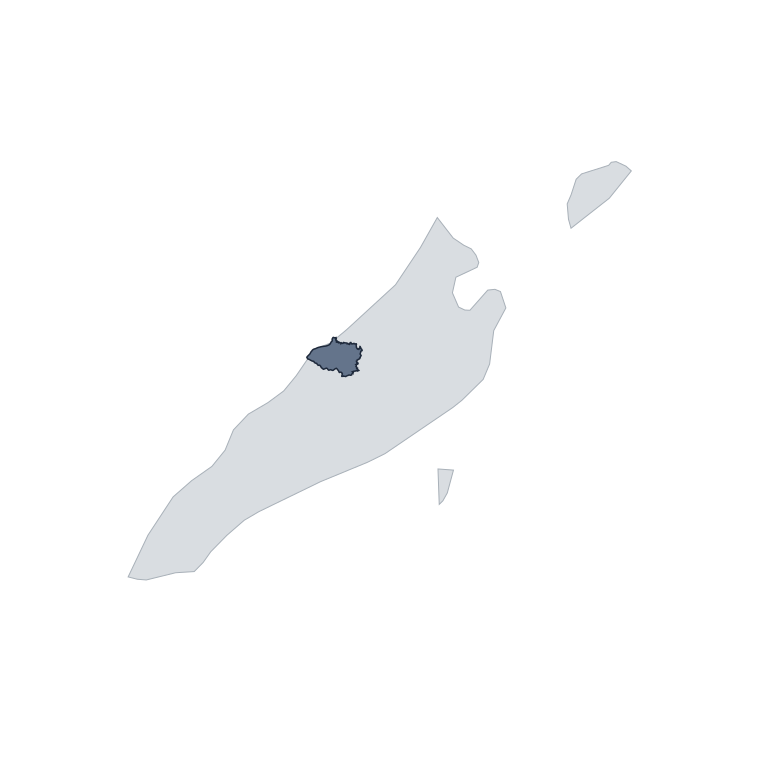 Alas, Manufahi, East Timor (highlighted), rotated 157°
{"feature_id": "22284137B36199594403094", "entity_name": "Alas", "entity_type": "district", "adm_level": 2, "iso_a3": "TLS", "parent_name": "East Timor", "parent_adm1": "Manufahi", "projection": "mercator", "projection_center": [125.842, -9.043], "detail": "fine", "context": "in_parent", "style": "filled", "palette": "slate", "viewbox_px": 768, "rotation_deg": 157, "n_neighbors": 0, "source": "geoboundaries", "source_scale": "gbopen_adm2", "svg_char_len": 6013}
<svg xmlns="http://www.w3.org/2000/svg" viewBox="0 0 768 768"><g transform="rotate(157 384 384)"><path d="M269.9,516.4L263.3,491.3L256.3,480.5L250.9,474.3L249.0,466.7L249.3,458.8L252.6,455.1L276.1,454.2L285.4,441.2L285.3,425.7L280.7,420.5L276.1,418.3L251.8,429.9L244.9,427.8L240.7,423.6L242.1,406.4L262.1,390.3L279.0,361.1L290.9,349.5L318.6,338.6L329.8,335.5L410.3,319.5L429.6,318.4L480.6,318.9L549.0,315.4L565.9,313.2L587.8,306.1L609.0,297.3L620.2,290.4L632.0,285.5L649.6,291.7L679.4,296.5L687.4,300.7L694.9,306.4L660.3,337.1L622.2,362.5L598.8,370.2L574.6,375.4L556.1,385.2L540.5,400.6L520.6,409.3L498.2,412.2L479.0,416.8L461.6,425.9L437.4,441.4L427.6,443.0L417.2,442.6L397.2,448.6L334.7,470.8L297.0,495.5L269.9,516.4ZM73.1,483.5L104.0,467.0L151.0,454.3L149.8,463.6L145.0,478.2L137.8,485.1L127.1,497.4L120.0,500.2L91.8,497.5L88.2,499.3L83.4,498.0L76.2,490.0L73.1,483.5ZM380.2,251.6L367.5,284.7L353.7,277.6L368.3,259.0L375.4,253.5L380.2,251.6Z" fill="#d9dde1" stroke="#a8b0b8" stroke-width="1"/><path d="M444.6,438.8L444.5,438.3L444.5,438.1L444.6,437.9L444.5,437.6L444.4,437.2L444.4,436.9L444.1,436.6L443.8,436.4L443.6,436.2L443.4,436.0L443.2,435.8L442.6,435.0L442.5,434.8L442.3,434.5L442.0,434.3L441.2,433.2L439.8,432.3L439.7,431.7L439.7,431.2L439.7,430.9L438.7,429.8L437.9,429.3L437.8,428.3L437.3,427.0L437.3,426.9L437.0,426.8L436.2,426.6L435.7,426.2L435.6,425.6L435.4,425.3L435.5,424.8L435.2,423.9L435.3,423.6L435.2,423.5L435.1,423.1L434.8,422.8L434.6,422.3L434.4,422.0L434.2,421.5L434.1,421.3L434.0,421.2L432.2,421.1L431.9,421.2L431.4,421.1L431.0,421.1L430.8,421.0L430.7,421.0L430.5,420.8L430.2,420.3L429.9,419.3L429.7,418.5L429.2,418.2L427.5,418.0L426.4,416.9L425.8,416.5L425.6,416.5L425.2,416.5L423.9,416.9L423.1,417.0L422.8,417.1L422.3,417.1L421.8,417.1L421.7,417.0L421.5,416.7L421.4,416.4L420.9,414.6L420.7,413.7L420.7,413.2L420.7,412.7L420.6,412.1L420.2,411.9L419.4,411.9L419.2,411.8L418.8,411.5L418.5,411.1L418.5,410.9L418.6,410.4L418.3,410.1L418.3,409.7L418.4,409.4L418.9,409.0L419.3,408.5L419.7,407.9L419.7,407.7L419.8,407.5L419.4,407.3L419.0,407.2L418.8,407.1L418.2,407.2L418.0,406.8L417.2,406.5L417.0,406.3L416.6,406.1L416.5,405.9L416.2,405.8L415.5,406.0L414.9,406.0L414.3,406.0L414.2,406.0L413.9,405.9L413.5,406.0L413.1,406.0L412.6,405.9L411.7,405.3L411.5,405.2L411.3,405.1L410.7,405.0L410.1,405.1L410.0,405.4L409.8,405.7L409.6,405.8L408.9,406.0L408.6,405.8L408.6,406.5L408.4,406.7L408.0,406.5L407.7,406.6L407.6,406.8L407.6,407.1L408.1,407.6L407.2,407.6L406.3,407.4L405.0,407.0L404.2,407.3L403.8,406.9L403.7,406.5L403.5,406.3L403.2,406.3L401.9,406.3L402.0,406.6L402.2,406.8L402.4,406.9L402.5,407.0L402.4,407.2L402.5,407.6L402.4,408.0L402.7,408.2L402.8,408.7L402.9,408.9L402.7,409.0L402.9,409.1L402.6,409.4L402.8,409.7L402.8,409.9L402.6,409.9L402.7,410.2L402.6,410.4L402.7,410.6L402.7,410.9L402.8,410.9L402.9,411.0L402.6,411.2L402.2,412.1L402.0,412.3L402.2,412.7L402.3,412.9L402.0,412.9L401.9,412.9L401.7,413.0L401.3,413.2L401.2,413.0L400.8,413.1L400.7,413.0L400.5,412.9L400.4,412.6L400.2,412.7L400.1,412.9L399.7,413.3L399.8,413.5L400.1,413.7L400.2,413.8L400.2,414.1L400.2,414.3L400.6,414.6L400.5,415.2L400.5,415.6L400.2,415.5L400.1,415.8L399.4,416.3L399.2,416.4L399.2,416.5L398.7,416.4L398.4,416.7L398.2,416.7L397.9,416.7L397.3,416.6L397.0,416.7L396.8,416.9L396.6,416.9L396.6,417.0L396.4,417.3L396.1,417.3L395.9,417.4L395.8,417.5L395.7,417.5L395.7,417.8L395.4,418.0L395.1,418.3L394.9,418.4L394.7,418.5L394.3,418.9L394.0,419.1L394.1,419.3L394.0,420.0L394.1,420.3L394.3,420.7L394.2,421.1L394.0,421.3L393.1,422.3L392.8,422.9L392.7,423.1L392.3,423.3L392.0,423.4L391.7,423.2L391.3,423.3L391.1,423.3L390.9,423.7L391.0,424.1L390.9,424.6L391.2,425.2L391.4,426.0L391.3,426.4L391.2,426.6L391.3,427.1L391.3,427.8L391.5,427.9L391.6,427.5L391.7,427.1L391.9,426.9L392.0,426.6L392.3,426.7L392.5,426.4L392.7,426.6L392.8,426.6L393.0,426.4L393.1,426.0L393.3,425.9L393.3,426.0L393.5,425.9L393.6,426.1L393.8,426.1L394.0,426.1L394.3,426.2L394.2,426.4L394.2,426.6L394.7,427.0L394.9,427.0L395.0,427.1L394.9,427.3L395.0,427.9L395.0,428.2L395.1,428.7L395.0,429.0L394.7,429.4L394.7,429.7L394.7,430.0L394.3,430.8L393.9,431.2L393.9,431.3L393.8,431.5L393.8,431.8L394.1,432.0L394.9,432.1L395.4,432.5L395.8,432.6L395.8,433.1L396.4,433.2L396.7,433.2L397.1,433.3L397.6,433.3L397.8,433.3L398.2,433.7L398.1,434.1L398.3,435.2L398.9,435.3L399.3,435.0L399.7,434.7L399.9,434.1L400.1,434.0L400.3,433.9L400.6,434.1L401.0,434.5L401.3,435.1L401.3,435.3L401.5,435.4L401.7,435.2L402.0,435.3L401.8,435.5L402.0,436.1L402.3,436.3L402.9,436.6L403.6,437.0L404.1,437.2L404.2,437.4L404.6,437.6L404.7,437.8L404.9,437.8L405.2,437.6L405.3,437.6L405.3,437.8L405.5,437.7L405.7,437.8L405.9,437.7L406.1,437.5L406.3,437.6L406.4,437.8L406.8,437.8L407.0,438.3L407.2,438.1L407.3,438.2L407.3,438.3L407.5,438.4L407.6,438.2L407.8,438.1L407.7,438.5L407.8,438.8L408.1,439.0L408.3,438.9L408.4,439.0L408.4,439.3L408.8,439.5L408.9,439.9L409.0,439.9L409.1,439.6L409.4,439.6L409.4,439.9L409.4,440.0L409.6,439.9L409.8,439.9L409.9,440.3L410.1,440.5L410.4,440.5L410.5,440.7L410.8,441.1L411.1,441.0L411.3,441.0L411.5,441.2L411.5,441.3L411.4,441.4L411.1,441.5L410.9,441.7L410.8,441.8L410.8,442.0L410.7,442.1L410.4,442.0L410.6,442.4L410.6,442.7L410.8,442.9L411.0,442.7L411.0,443.0L411.2,443.3L411.0,443.7L411.0,444.0L410.9,444.3L410.5,444.1L410.4,444.2L410.1,444.5L410.0,445.5L410.3,445.5L411.0,445.7L411.4,445.8L411.6,446.0L411.8,446.2L412.1,446.5L412.4,446.7L412.7,446.7L413.1,446.5L413.5,446.2L414.1,445.7L414.3,445.4L414.6,444.4L414.9,443.9L415.1,443.8L415.5,443.5L415.9,443.5L416.1,443.4L416.4,443.2L416.9,442.7L417.3,442.4L417.7,442.1L418.2,441.8L419.0,441.6L419.0,441.4L419.1,441.6L419.6,441.4L420.6,441.5L421.2,441.5L422.0,441.5L422.6,441.7L423.0,441.7L424.0,442.0L426.9,442.8L428.8,443.1L429.9,443.3L431.4,443.4L432.8,443.3L433.2,443.3L433.6,443.4L434.2,443.4L434.6,443.5L435.1,443.5L435.9,443.4L436.5,443.2L436.8,443.1L437.7,442.5L438.2,442.4L439.0,441.8L440.1,440.9L440.8,440.5L443.5,439.4L444.6,438.8Z" fill="#64748b" stroke="#1e293b" stroke-width="1.5"/></g></svg>